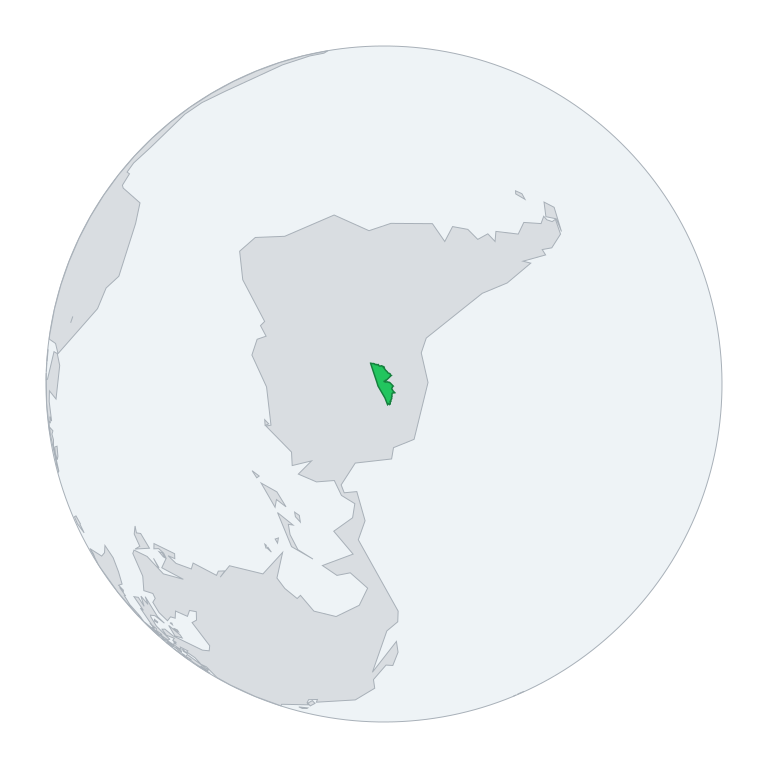 Acre highlighted on a globe, orthographic projection, rotated 226°
{"feature_id": "BRA-576", "entity_name": "Acre", "entity_type": "State", "adm_level": 1, "iso_a3": "BRA", "parent_name": "Brazil", "parent_adm1": "", "projection": "orthographic", "projection_center": [-70.836, -9.13], "detail": "fine", "context": "on_globe", "style": "filled", "palette": "green", "viewbox_px": 768, "rotation_deg": 226, "n_neighbors": 0, "source": "natural_earth", "source_scale": "10m", "svg_char_len": 9076}
<svg xmlns="http://www.w3.org/2000/svg" viewBox="0 0 768 768"><g transform="rotate(226 384 384)"><circle cx="384" cy="384" r="338" fill="#eef3f6" stroke="#a8b0b8"/><path d="M274.0,64.5L289.0,59.9L303.9,59.8L309.4,57.7L318.5,57.9L328.3,55.9L328.3,57.5L336.1,54.8L334.2,53.8L337.0,52.6L342.6,51.7L343.6,53.1L340.9,53.8L344.1,53.8L342.2,55.1L346.3,54.0L346.8,56.5L354.5,52.9L361.8,54.0L359.9,56.1L349.4,57.3L318.7,68.5L313.5,72.9L316.8,76.8L345.7,80.2L344.4,85.1L350.6,90.8L356.2,86.8L353.4,81.2L365.5,76.3L360.6,71.1L364.8,68.7L364.1,63.8L375.8,63.4L387.6,66.1L388.7,70.5L393.9,72.2L402.2,67.7L413.4,77.0L436.6,85.6L438.2,88.8L424.5,93.8L400.7,93.4L382.9,104.0L406.2,96.5L409.9,106.2L415.4,108.0L422.1,107.6L425.3,104.0L429.0,107.7L407.4,115.5L403.7,112.2L410.5,109.4L399.4,109.8L384.8,116.9L387.8,122.3L362.7,130.6L364.5,134.8L360.1,139.7L358.8,132.0L360.6,146.6L331.5,165.0L333.3,194.1L318.8,172.2L305.8,170.6L290.0,172.5L290.0,177.1L269.3,175.8L250.0,188.0L242.0,212.5L248.5,230.4L271.6,228.6L279.0,217.2L296.2,213.6L283.1,243.6L313.0,245.6L309.6,268.5L318.2,279.9L333.4,276.0L349.1,281.2L360.5,267.4L378.7,259.8L379.0,278.5L389.1,261.3L399.3,270.2L435.7,269.9L432.9,274.1L463.5,297.5L496.6,309.1L504.3,323.8L500.3,332.4L511.8,335.7L511.9,341.6L557.1,354.8L579.8,372.4L578.8,393.2L559.2,415.2L540.2,465.5L504.7,479.7L494.8,500.5L465.7,530.2L444.3,526.7L449.6,542.7L437.0,551.7L422.9,551.9L419.9,563.0L409.4,562.9L416.0,570.5L398.6,584.7L403.1,596.8L390.3,608.4L393.7,615.4L389.0,615.2L384.0,617.8L383.4,621.7L369.2,615.1L365.4,599.3L370.8,591.2L364.6,589.9L375.8,569.3L369.0,573.5L371.1,542.8L381.0,517.6L387.7,446.3L380.5,432.4L354.5,416.7L323.3,367.2L331.6,346.6L324.8,337.4L347.1,308.4L341.2,283.1L333.4,279.8L325.5,289.7L298.8,275.4L289.8,257.3L210.8,236.4L203.4,228.7L204.4,214.5L184.7,175.4L190.2,214.1L181.3,207.8L175.4,194.8L180.4,190.2L178.7,171.1L171.6,166.0L176.7,143.9L202.1,114.3L203.3,117.0L209.3,110.5L208.1,107.2L205.8,106.7L224.7,87.9L224.1,86.3L248.6,74.4L274.0,64.5ZM65.6,271.3L68.2,264.1L67.2,267.3L65.6,271.3ZM69.4,260.7L68.6,262.9L69.2,261.2L69.4,260.7ZM69.6,260.2L69.5,260.5L69.3,260.8L69.6,260.2ZM331.2,204.5L365.5,218.1L345.7,220.6L349.5,217.7L340.9,211.8L324.7,207.0L307.4,211.3L331.2,204.5ZM347.3,187.1L341.3,186.2L347.2,185.9L347.3,187.1ZM203.7,107.3L207.3,107.6L206.0,112.5L202.2,112.5L203.7,107.3ZM207.3,99.9L210.9,98.4L203.9,104.2L204.1,103.2L207.3,99.9ZM357.8,64.6L360.9,64.2L359.4,65.3L357.8,64.6ZM354.5,63.0L350.6,64.5L348.4,64.0L350.9,63.1L354.5,63.0ZM359.9,61.4L345.2,63.1L341.5,62.4L348.0,58.6L359.9,61.4ZM331.2,54.0L333.4,54.9L326.4,55.2L331.2,54.0ZM326.0,54.6L300.5,59.0L300.0,57.9L308.6,56.3L303.9,56.3L316.2,53.4L321.6,52.8L319.5,53.9L325.8,52.1L326.0,54.6ZM337.6,52.1L332.5,52.8L331.7,51.8L341.8,50.3L338.8,51.0L337.6,52.1ZM296.6,58.0L297.8,57.4L308.1,54.8L309.9,54.3L316.4,53.3L296.6,58.0ZM341.8,50.8L346.9,49.6L352.4,49.5L342.5,51.5L341.8,50.8ZM327.2,52.3L327.3,51.8L330.5,51.5L327.2,52.3ZM374.6,49.5L368.5,49.6L367.5,49.0L374.6,49.5ZM348.5,49.3L346.6,49.4L345.5,49.3L349.9,48.6L348.5,49.3ZM323.2,51.8L327.3,51.1L321.1,52.0L328.6,50.7L331.5,50.5L333.4,50.0L335.7,49.6L335.6,50.0L323.2,51.8ZM351.2,48.0L357.6,48.2L369.1,47.7L370.3,48.1L351.5,48.9L351.2,48.0ZM342.0,49.0L348.0,48.4L346.4,48.9L341.4,49.7L342.0,49.0ZM354.9,47.6L353.2,47.7L355.9,47.5L354.9,47.6ZM336.0,49.5L339.8,49.0L335.5,49.6L335.3,49.6L336.0,49.5ZM353.6,47.5L355.6,47.4L352.3,47.7L353.6,47.5ZM348.6,47.9L349.9,47.9L345.6,48.3L347.5,48.1L348.0,48.0L348.6,47.9ZM366.4,46.5L367.8,46.5L360.4,47.1L359.0,47.0L366.4,46.5ZM392.9,629.1L370.4,617.6L383.1,622.7L391.9,616.7L403.7,625.5L392.9,629.1ZM418.9,613.7L429.2,610.8L431.6,612.8L425.1,615.4L418.9,613.7ZM626.5,148.6L621.7,143.9L621.2,145.3L636.5,169.1L632.9,170.1L622.6,163.6L601.0,137.6L611.5,138.6L604.0,131.0L588.2,119.1L592.7,121.0L587.6,116.8L590.2,117.4L580.5,109.2L580.9,109.4L604.6,128.0L626.5,148.6ZM662.6,575.2L663.7,570.6L671.6,558.4L684.1,532.6L704.9,473.0L712.9,448.5L716.4,428.2L716.3,380.8L716.9,357.4L714.9,346.4L712.0,346.9L708.7,333.9L706.1,332.5L683.8,334.3L672.0,316.8L645.7,268.1L646.1,250.8L637.2,230.3L632.3,170.6L641.3,175.9L648.8,174.4L651.6,177.7L661.5,191.6L666.8,199.0L679.7,220.4L690.9,242.6L700.5,265.6L708.4,289.3L714.5,313.5L718.8,338.0L721.3,362.8L721.9,387.8L720.7,412.7L717.7,437.4L712.8,461.9L706.2,485.9L697.8,509.4L687.7,532.2L676.0,554.2L662.6,575.2ZM645.7,201.1L648.7,206.9L648.7,207.0L645.7,201.1ZM436.8,269.7L441.2,273.4L435.4,273.4L436.8,269.7ZM342.8,227.9L350.1,228.1L353.9,230.7L348.3,231.8L342.8,227.9ZM404.9,227.3L413.3,228.9L404.5,230.3L404.9,227.3ZM371.0,220.0L398.1,226.8L380.8,232.0L363.7,228.2L375.6,226.4L371.0,220.0ZM343.5,196.9L348.1,198.0L346.6,201.1L343.5,196.9ZM351.6,187.0L349.8,187.3L347.6,184.9L351.6,187.0ZM411.2,105.7L413.0,105.2L419.7,105.7L416.5,107.2L411.2,105.7ZM449.6,100.1L454.8,106.3L448.9,102.5L445.5,105.1L428.8,101.2L438.2,90.3L436.9,95.6L449.6,100.1ZM409.2,94.3L418.7,97.1L408.0,94.5L409.2,94.3ZM556.5,96.5L561.9,99.1L567.4,103.3L566.4,105.6L558.5,99.2L556.5,96.5ZM568.1,102.3L547.2,89.6L546.9,88.6L550.6,91.1L552.5,91.7L559.0,96.1L579.1,108.7L585.3,113.5L580.3,113.3L578.6,110.3L573.5,107.5L568.1,102.3ZM494.3,67.9L485.2,64.9L496.3,66.3L503.5,69.1L503.1,70.8L494.4,68.5L494.3,67.9ZM374.1,55.4L369.9,55.9L369.6,55.2L373.0,54.3L374.1,55.4ZM371.8,49.6L392.1,53.1L388.3,53.7L404.7,56.4L401.2,59.1L390.7,57.0L400.3,61.8L389.4,61.1L396.9,64.5L373.9,59.5L364.5,59.9L376.4,58.3L379.9,55.5L378.5,54.5L367.8,52.1L349.3,52.6L349.8,50.8L355.1,49.6L359.6,49.2L357.9,50.2L365.2,49.0L366.1,50.3L371.8,49.6ZM448.3,52.3L450.5,52.7L455.5,53.8L455.3,54.0L461.5,55.5L457.8,54.8L468.5,57.6L460.5,55.7L464.1,57.1L470.0,58.1L456.3,61.4L456.8,65.8L461.7,71.1L447.2,68.5L433.4,62.6L422.0,56.6L423.6,53.3L416.8,53.3L415.5,52.0L421.4,52.5L411.5,51.0L412.1,50.2L401.9,47.9L387.3,47.3L383.2,46.8L389.2,46.7L381.0,46.5L389.6,46.2L386.8,46.1L388.9,46.1L418.8,47.9L448.3,52.3ZM383.4,46.1L377.4,46.3L378.7,46.4L370.4,47.4L358.7,47.7L362.2,47.3L362.8,47.0L366.2,47.0L363.9,46.9L368.6,46.5L368.1,46.5L373.3,46.3L372.5,46.3L383.4,46.1ZM634.5,157.6L634.4,157.2L642.4,166.4L641.4,165.5L634.5,157.6ZM627.5,149.8L633.8,156.5L629.8,152.3L627.5,149.8Z" fill="#d9dde1" stroke="#a8b0b8" stroke-width="1"/><path d="M391.3,394.8L391.2,394.8L390.5,394.8L390.3,394.8L390.0,394.7L389.8,394.6L389.6,394.6L389.4,394.6L389.1,394.6L387.7,395.3L387.2,395.4L386.9,395.4L386.6,395.4L386.3,395.2L386.2,395.1L385.9,394.8L385.7,394.7L385.1,395.1L385.1,394.6L385.1,393.9L385.1,393.1L385.1,392.4L385.1,391.6L385.1,390.9L385.1,390.1L385.1,389.4L385.1,388.9L385.1,388.6L385.1,388.3L385.2,388.0L385.3,387.9L385.5,387.9L385.6,387.7L385.7,387.4L385.6,387.2L385.4,387.1L385.3,386.9L385.3,386.7L385.2,386.6L385.3,386.6L385.5,386.6L385.5,386.4L385.6,386.2L385.8,385.9L385.6,385.8L385.4,385.8L385.2,386.0L384.9,386.3L384.5,386.6L384.4,386.7L384.2,386.9L384.1,387.0L383.8,387.1L383.7,387.2L383.5,387.5L383.4,387.5L383.2,387.7L383.2,387.8L383.1,388.0L382.6,388.2L382.2,388.3L382.0,388.5L381.9,388.8L381.6,388.9L381.4,389.0L381.2,389.1L380.9,389.1L380.6,389.2L379.5,389.2L378.5,389.2L377.5,389.2L376.4,389.2L376.1,389.2L376.2,388.9L376.2,388.7L376.3,388.6L376.3,388.4L376.2,388.3L376.2,388.2L375.7,387.7L375.7,387.3L375.7,387.2L375.5,386.9L375.4,386.7L375.5,386.5L375.4,386.4L375.2,386.4L375.0,386.2L374.8,386.1L374.7,386.1L374.4,386.1L374.1,386.1L373.8,385.9L373.5,385.9L373.4,385.9L373.2,385.8L372.5,385.7L370.2,385.7L370.3,385.5L370.6,385.2L370.8,384.8L370.9,384.7L371.0,384.7L371.2,384.4L371.5,384.1L371.6,383.8L371.6,383.3L371.5,383.2L371.4,382.9L371.1,382.7L370.5,382.0L370.4,381.7L370.2,381.5L369.8,381.4L369.7,381.3L369.6,381.2L369.3,380.9L369.3,380.7L369.4,380.4L369.3,380.2L369.2,380.1L368.9,380.0L368.8,379.9L368.3,379.6L368.2,379.5L368.2,379.4L368.2,379.2L367.9,378.8L367.9,378.6L367.9,378.3L367.9,378.2L367.6,377.8L367.6,377.7L367.2,377.4L366.8,377.1L366.7,376.8L366.7,376.7L366.8,376.7L367.0,376.7L367.3,376.4L367.2,376.2L366.8,376.0L366.6,375.9L365.7,375.0L365.5,374.8L365.4,374.7L365.6,374.6L365.8,374.4L365.8,374.2L365.6,373.7L366.0,373.7L366.4,373.5L366.5,373.5L366.9,373.5L367.0,373.5L367.1,373.4L367.2,373.2L367.0,372.8L366.6,372.3L366.6,372.2L373.3,375.0L386.7,378.3L390.0,380.0L407.3,388.3L408.3,388.8L408.2,389.0L407.7,389.2L406.8,389.8L405.9,390.8L405.6,390.9L405.4,390.9L405.3,391.0L405.2,391.1L404.8,391.1L404.7,391.1L404.4,391.1L404.3,391.3L404.2,391.4L404.1,391.5L403.9,391.5L403.7,391.6L403.6,391.8L403.4,392.0L403.2,392.0L402.8,392.2L402.8,392.3L402.7,392.3L402.6,392.5L402.3,392.7L402.3,392.8L402.2,393.0L402.0,393.4L401.8,393.4L401.7,393.4L401.5,393.2L401.4,393.1L401.2,393.1L400.5,393.1L400.4,393.1L400.2,393.1L399.9,393.3L399.6,393.8L399.2,394.1L399.0,394.6L398.9,394.7L398.8,394.8L398.7,395.0L398.2,395.1L397.9,395.3L397.7,395.3L397.3,395.4L397.0,395.7L396.8,395.7L396.0,395.9L395.9,395.9L395.8,395.6L395.9,395.4L396.0,395.1L395.9,395.1L395.6,395.1L395.4,395.1L395.2,395.1L394.9,395.1L394.7,395.1L394.2,394.9L393.9,394.9L393.7,394.8L393.3,394.8L392.9,394.8L392.7,394.7L392.3,394.7L391.9,394.8L391.7,394.8L391.3,394.8Z" fill="#22c55e" stroke="#15803d" stroke-width="1.5"/></g></svg>